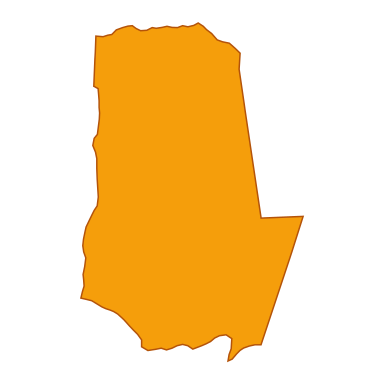 Graça, Ceará, Brazil (Equal Earth projection)
{"feature_id": "56859067B95005657066987", "entity_name": "Graça", "entity_type": "district", "adm_level": 2, "iso_a3": "BRA", "parent_name": "Brazil", "parent_adm1": "Ceará", "projection": "equal_earth", "projection_center": [-40.793, -4.044], "detail": "fine", "context": "isolated", "style": "filled", "palette": "amber", "viewbox_px": 384, "rotation_deg": 0, "n_neighbors": 0, "source": "geoboundaries", "source_scale": "gbopen_adm2", "svg_char_len": 1401}
<svg xmlns="http://www.w3.org/2000/svg" viewBox="0 0 384 384"><path d="M240.1,53.2L235.2,48.4L229.3,43.2L222.5,41.8L217.2,39.9L211.7,33.6L206.5,29.6L203.3,26.3L198.2,23.0L193.8,25.4L187.9,26.8L182.6,25.7L177.5,27.6L172.0,27.4L167.0,26.3L162.1,27.4L156.2,28.3L152.2,27.6L146.8,30.3L140.6,30.7L136.1,28.5L132.3,25.7L128.0,26.1L122.6,27.6L116.3,29.9L111.8,34.5L107.8,35.2L103.1,36.7L95.9,36.1L95.3,52.4L94.9,59.5L93.8,86.3L98.1,88.6L98.6,94.3L99.1,100.8L99.1,107.4L99.6,113.0L99.3,119.3L98.3,127.2L97.4,134.4L94.2,138.3L92.8,145.5L95.5,152.1L96.8,158.6L96.8,168.3L97.2,179.1L97.7,187.3L98.3,197.0L97.2,205.9L94.2,210.4L91.9,215.0L88.9,221.2L86.1,227.0L84.9,232.4L83.5,239.2L82.8,245.7L83.7,251.9L85.8,257.9L84.7,266.6L83.1,274.5L83.7,280.2L84.1,286.1L82.4,291.8L80.9,298.1L86.9,299.5L91.7,300.7L96.8,303.8L101.9,306.9L105.9,308.7L109.9,310.0L113.6,311.5L117.7,314.0L123.9,319.7L129.8,326.3L133.6,330.3L137.6,334.3L141.6,339.9L141.6,346.8L147.9,350.5L155.6,349.3L161.2,348.2L166.5,349.9L172.0,348.2L177.1,345.7L182.6,344.4L187.8,345.7L192.8,349.1L201.7,345.7L206.3,343.7L210.7,341.4L214.7,338.0L219.5,335.7L226.1,334.8L231.8,338.6L231.2,348.8L229.1,354.5L228.0,361.0L232.2,359.1L236.5,354.0L240.0,350.4L243.7,348.0L249.4,346.0L254.9,344.8L261.0,344.8L290.0,257.5L291.9,251.7L303.1,216.4L261.1,218.1L245.0,109.9L244.3,104.8L239.1,69.2L240.1,53.2Z" fill="#f59e0b" stroke="#b45309" stroke-width="1.5"/></svg>